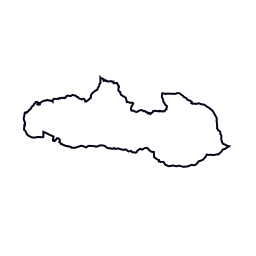 Runcu, Dâmbovita, Romania (orthographic projection), rotated 124°
{"feature_id": "2599482B4208961659821", "entity_name": "Runcu", "entity_type": "district", "adm_level": 2, "iso_a3": "ROU", "parent_name": "Romania", "parent_adm1": "Dâmbovita", "projection": "orthographic", "projection_center": [25.346, 45.222], "detail": "fine", "context": "isolated", "style": "outline", "palette": "ink", "viewbox_px": 256, "rotation_deg": 124, "n_neighbors": 0, "source": "geoboundaries", "source_scale": "gbopen_adm2", "svg_char_len": 5878}
<svg xmlns="http://www.w3.org/2000/svg" viewBox="0 0 256 256"><g transform="rotate(124 128 128)"><path d="M187.6,213.1L187.7,211.8L190.0,207.6L189.9,204.7L189.6,202.8L188.7,200.7L185.7,197.5L183.3,193.4L182.7,193.2L178.5,196.0L177.9,192.9L177.5,189.2L176.7,184.9L179.7,183.7L180.3,183.2L179.9,182.8L180.4,182.5L180.4,182.4L179.9,181.7L179.1,181.3L178.4,181.4L177.8,181.1L177.5,181.2L177.0,181.1L176.4,181.3L175.5,179.9L175.7,178.7L176.3,177.4L178.1,177.2L178.3,175.3L178.7,174.5L178.1,174.2L178.3,172.0L178.0,171.3L177.8,171.0L177.7,170.3L177.8,169.6L177.0,168.4L176.8,167.9L176.9,167.5L175.9,166.0L176.0,165.5L175.7,164.9L175.6,164.1L175.9,163.9L174.9,161.9L172.6,159.7L169.0,157.0L168.3,155.5L167.4,151.7L165.4,151.1L164.5,150.2L162.3,146.5L161.7,145.1L161.4,144.1L160.4,143.2L160.2,142.8L158.5,141.9L158.1,141.5L157.9,140.9L157.0,140.1L156.7,139.6L156.4,138.5L156.2,138.1L155.9,137.0L155.9,136.3L156.1,135.2L156.0,133.9L155.9,133.3L155.1,132.2L154.9,131.9L154.9,131.1L154.2,130.0L153.8,129.1L152.4,128.4L152.3,127.9L152.6,127.2L152.6,126.9L150.7,125.1L150.4,124.3L150.0,123.6L149.8,122.4L149.0,120.4L148.8,119.7L146.9,117.7L147.1,115.5L147.2,115.1L147.2,114.6L146.6,113.8L145.2,112.6L145.5,111.5L145.7,111.1L145.7,110.7L144.9,109.7L144.3,108.0L143.9,107.6L143.3,107.4L142.6,107.6L141.7,107.5L140.7,107.1L139.9,107.0L138.4,106.1L138.1,105.6L138.2,104.7L138.1,104.3L137.8,104.0L135.3,102.9L134.3,101.7L133.7,100.4L134.3,99.6L134.2,98.9L134.7,96.2L134.2,94.3L133.6,93.6L133.4,93.2L136.8,90.7L137.6,90.0L137.7,86.2L137.3,84.4L138.3,83.9L138.5,83.5L138.0,82.9L137.9,81.9L136.9,80.7L136.4,79.8L136.5,78.9L137.4,77.2L137.6,76.6L137.6,76.1L137.2,75.1L137.2,73.8L136.9,72.9L134.5,70.2L134.0,70.0L133.1,67.8L132.8,66.6L131.1,65.1L130.6,64.3L129.8,62.2L129.3,60.6L129.1,60.2L126.4,57.0L124.1,55.4L123.0,54.8L122.7,54.3L122.3,53.0L121.6,52.1L120.1,51.2L118.7,50.9L116.2,50.9L114.5,49.4L113.8,49.1L112.9,48.4L112.4,48.2L110.3,47.8L108.5,47.6L106.3,47.8L105.9,47.8L105.7,47.5L105.4,46.3L103.6,44.0L103.1,42.6L102.3,41.9L102.0,41.3L101.3,40.6L100.5,40.0L99.7,38.8L99.2,38.2L98.1,38.1L95.8,37.4L93.6,37.3L92.7,37.4L91.1,35.9L88.8,35.1L87.4,34.3L86.6,34.0L87.4,36.4L87.6,39.1L88.0,40.1L88.0,40.4L87.4,41.7L85.6,44.0L84.5,44.9L83.4,45.5L82.2,46.3L81.8,46.8L81.3,48.2L79.7,49.2L79.5,49.9L79.3,52.2L78.8,53.1L78.5,54.0L76.9,54.9L74.2,57.0L72.9,58.3L71.0,59.4L69.8,60.5L68.7,62.9L67.1,65.9L66.6,67.1L66.3,68.9L66.0,71.3L66.1,74.9L66.0,76.7L66.2,78.5L67.3,80.2L67.5,81.5L67.9,83.0L68.4,83.7L70.0,84.9L70.2,85.9L71.3,87.3L71.8,88.3L72.0,89.1L72.0,89.4L70.8,89.4L70.7,89.6L70.7,92.2L71.4,94.4L71.3,94.9L70.8,95.5L70.8,97.9L71.1,99.0L70.7,99.8L70.6,100.5L70.5,103.5L70.3,104.3L70.4,104.6L71.2,106.3L73.7,108.3L74.2,109.6L75.3,111.0L75.7,111.8L76.2,112.5L77.2,114.3L77.8,115.0L78.6,115.5L78.8,115.9L78.9,116.6L80.0,119.0L81.6,118.3L83.3,117.3L83.6,116.9L83.8,116.4L85.1,114.5L86.4,113.4L86.8,112.5L87.0,111.5L87.5,110.9L87.9,110.0L87.9,109.6L87.9,108.7L88.1,108.2L88.4,107.7L89.8,107.1L90.6,107.1L90.9,106.8L91.0,107.0L91.4,107.1L92.2,107.0L92.5,106.9L92.9,107.1L93.9,107.2L94.3,107.7L94.4,108.1L94.9,108.8L95.1,109.3L95.4,109.3L95.5,109.7L95.8,110.2L95.8,111.0L96.1,111.3L96.5,111.3L96.5,111.9L96.6,112.0L97.1,112.2L97.4,112.4L97.9,113.9L98.8,115.4L99.5,115.9L99.7,116.4L100.0,116.6L100.8,116.3L101.3,116.4L102.4,117.0L103.0,116.9L103.3,117.2L104.0,117.4L104.0,117.7L103.6,118.5L103.5,118.8L103.8,119.1L104.6,119.2L104.8,119.4L104.8,119.7L104.3,120.4L104.2,120.7L104.3,121.1L104.7,122.0L104.4,123.2L104.6,123.6L105.3,124.2L105.4,126.3L105.6,126.8L107.3,128.5L109.6,129.5L110.2,130.4L110.3,131.1L110.5,131.5L110.4,132.8L111.1,133.6L111.3,134.5L111.6,135.0L110.5,136.2L108.4,137.1L105.9,137.2L104.6,137.5L104.6,138.3L104.8,138.9L105.9,140.3L106.5,142.6L107.2,143.4L105.2,145.6L104.2,146.6L104.1,147.4L104.2,148.1L104.2,148.9L104.4,149.5L104.3,150.8L104.4,152.2L103.3,154.1L102.5,154.6L102.5,156.6L102.3,156.9L101.9,157.3L99.9,158.4L99.0,158.4L98.5,158.6L98.4,158.9L98.5,159.6L97.8,160.3L97.8,160.8L97.5,161.0L97.4,161.3L96.9,161.9L96.8,162.3L96.9,162.5L97.7,163.1L98.1,164.1L98.1,164.5L98.4,164.8L98.9,165.0L98.6,165.7L98.6,166.7L98.0,166.6L98.6,167.8L98.6,168.4L100.2,169.8L100.5,170.5L100.8,171.2L100.6,171.8L100.8,172.2L101.2,172.3L101.0,173.1L101.1,173.5L101.8,173.7L102.6,174.5L101.9,175.4L101.2,175.5L101.2,176.8L101.6,177.3L102.0,178.2L101.7,179.0L102.0,178.8L105.5,176.5L106.0,176.0L107.2,176.3L109.6,175.4L111.4,175.4L113.5,174.9L114.6,175.5L115.8,176.0L116.3,176.3L119.4,177.1L120.8,177.1L121.9,176.9L123.9,175.6L125.3,176.3L126.0,176.3L126.8,176.5L129.2,177.3L129.2,177.5L129.7,178.1L129.9,178.4L129.2,178.8L129.0,179.4L128.6,179.9L128.5,180.7L128.6,181.2L129.0,181.6L130.2,182.3L130.3,183.3L130.8,184.5L130.8,185.4L130.7,185.8L130.7,186.1L130.4,186.8L130.8,187.7L130.4,189.3L130.9,190.3L131.5,192.3L131.9,192.7L132.9,193.0L133.6,193.5L134.0,194.0L134.6,195.8L135.5,196.4L135.7,196.8L137.9,196.7L138.2,196.8L138.8,197.4L139.0,197.9L138.8,198.1L139.4,198.5L139.7,198.9L139.7,199.3L140.1,199.9L140.3,200.1L140.8,200.2L141.1,200.5L141.3,200.8L141.4,201.6L142.3,202.0L142.6,201.8L142.9,201.9L143.3,202.9L144.9,205.1L145.3,205.8L146.1,205.9L146.3,205.8L147.4,205.7L148.3,205.2L148.0,206.8L148.7,207.4L149.1,208.0L149.2,209.1L149.9,209.9L150.0,210.8L150.8,211.4L151.5,211.7L152.0,212.5L152.4,212.9L154.4,214.2L156.3,214.7L157.0,214.7L157.3,214.4L158.0,214.3L158.2,214.8L159.1,215.7L159.1,216.4L157.1,216.5L157.3,218.1L157.6,218.4L157.7,218.6L158.0,218.9L158.2,218.7L161.1,219.3L162.0,218.9L163.0,219.4L163.6,219.6L164.7,219.5L167.0,219.5L167.4,219.8L170.6,220.2L171.4,220.5L171.4,220.9L172.5,220.9L172.8,222.0L173.7,221.9L177.0,220.3L178.2,219.9L179.0,219.3L179.8,218.3L180.1,218.1L180.2,217.7L181.1,216.4L181.9,215.7L182.7,215.6L183.1,215.8L183.4,215.4L183.2,215.3L183.6,214.9L183.9,214.7L184.6,215.0L186.5,213.8L186.9,213.7L187.6,213.1Z" fill="none" stroke="#020617" stroke-width="2"/></g></svg>